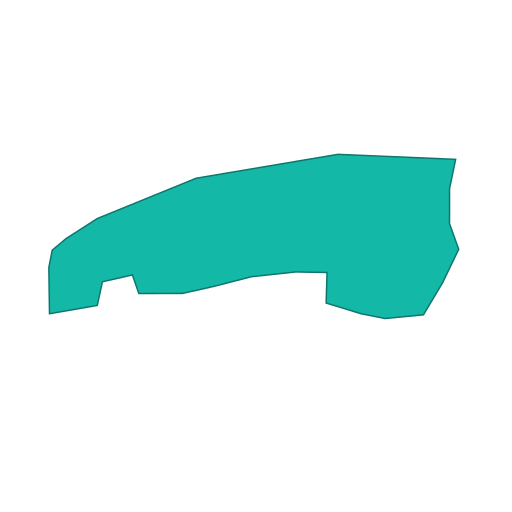 the Parish of Charlotte, rotated 260°
{"feature_id": "VCT-5063", "entity_name": "Charlotte", "entity_type": "Parish", "adm_level": 1, "iso_a3": "VCT", "parent_name": "Saint Vincent and the Grenadines", "parent_adm1": "", "projection": "orthographic", "projection_center": [-61.165, 13.289], "detail": "fine", "context": "isolated", "style": "filled", "palette": "teal", "viewbox_px": 512, "rotation_deg": 260, "n_neighbors": 0, "source": "natural_earth", "source_scale": "10m", "svg_char_len": 489}
<svg xmlns="http://www.w3.org/2000/svg" viewBox="0 0 512 512"><g transform="rotate(260 256 256)"><path d="M235.0,42.6L280.7,50.0L297.1,56.3L306.2,72.1L320.5,106.3L343.0,210.6L341.9,354.3L316.5,469.4L288.7,458.3L254.3,452.2L227.4,456.8L197.5,435.3L185.9,425.3L169.0,410.7L172.0,372.3L181.0,349.2L197.5,316.9L227.4,323.1L233.4,292.4L236.4,247.8L233.4,209.4L231.9,177.1L239.4,134.1L258.8,131.0L257.3,100.3L234.9,91.1L235.0,42.6Z" fill="#14b8a6" stroke="#0f766e" stroke-width="1.5"/></g></svg>